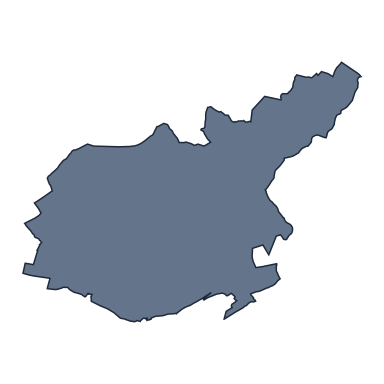 Bucerdea Granoasa, Alba, Romania (Mercator projection)
{"feature_id": "2599482B1609135605728", "entity_name": "Bucerdea Granoasa", "entity_type": "district", "adm_level": 2, "iso_a3": "ROU", "parent_name": "Romania", "parent_adm1": "Alba", "projection": "mercator", "projection_center": [23.858, 46.215], "detail": "fine", "context": "isolated", "style": "filled", "palette": "slate", "viewbox_px": 384, "rotation_deg": 0, "n_neighbors": 0, "source": "geoboundaries", "source_scale": "gbopen_adm2", "svg_char_len": 5169}
<svg xmlns="http://www.w3.org/2000/svg" viewBox="0 0 384 384"><path d="M224.1,319.1L224.3,319.1L235.3,312.2L243.5,307.5L243.9,307.0L244.3,306.4L246.5,305.5L248.8,303.0L251.6,301.6L253.0,302.0L255.6,301.3L255.1,300.1L253.5,299.0L253.6,297.9L251.8,295.8L251.2,295.3L250.6,293.9L256.1,291.8L258.5,291.5L260.3,290.9L265.7,288.5L266.4,288.0L268.1,287.8L270.5,286.4L272.2,285.9L275.2,283.9L277.7,280.8L280.1,278.8L278.1,275.1L277.4,272.9L276.3,271.1L276.3,265.0L276.8,264.9L276.6,263.7L265.0,266.1L262.7,266.6L259.3,267.1L255.9,267.6L253.1,261.4L252.9,260.4L252.6,259.4L252.1,256.3L252.6,248.3L262.9,245.0L268.8,254.8L276.3,236.1L280.5,234.8L282.2,237.0L283.7,239.3L285.3,239.7L286.5,239.2L286.6,239.3L289.2,235.2L291.0,233.9L291.7,233.0L292.3,231.6L292.6,229.3L292.4,227.5L291.7,226.2L290.7,224.9L289.0,223.7L287.1,222.8L286.0,221.8L285.0,220.7L284.5,219.6L284.3,218.7L284.2,218.8L278.7,211.8L277.9,209.3L277.3,207.9L276.0,206.0L273.9,204.1L271.8,201.7L270.7,201.0L269.9,200.1L269.2,199.1L267.8,196.5L266.2,192.5L266.3,191.9L265.9,191.0L265.2,189.8L265.6,189.6L266.4,188.8L268.4,186.1L269.7,184.1L271.9,180.7L274.0,178.0L274.1,175.9L275.0,171.5L275.6,170.2L276.7,169.1L277.9,167.9L279.8,166.0L283.4,161.3L284.0,160.4L284.3,159.1L284.3,158.2L289.3,157.1L292.8,156.2L298.5,152.9L300.0,150.8L301.0,149.6L301.9,148.6L303.6,147.7L305.0,147.0L306.1,146.4L308.1,146.1L310.7,142.9L311.3,142.0L311.6,139.2L311.9,138.0L312.6,136.9L315.5,135.3L317.3,135.0L318.9,135.4L324.7,137.6L326.2,137.7L327.6,132.3L328.8,130.9L331.9,128.8L334.3,124.4L334.3,123.3L335.2,118.7L336.6,115.6L337.3,114.9L338.8,114.3L340.7,113.5L340.8,112.3L341.3,110.3L344.9,108.4L346.8,107.1L348.3,105.4L352.3,100.5L355.0,92.1L357.7,87.6L358.1,82.6L357.5,80.9L357.5,79.6L358.3,77.9L359.1,77.2L360.2,76.8L361.0,76.6L359.8,75.2L359.1,74.5L358.3,73.7L351.4,69.0L341.5,62.3L340.4,63.8L336.6,67.9L334.9,71.0L332.8,76.6L327.9,73.6L321.5,71.6L318.0,75.4L316.6,73.5L311.8,77.8L308.3,77.0L306.2,77.3L296.7,74.9L294.9,77.4L294.8,77.8L294.6,80.2L294.0,81.0L293.4,82.7L293.1,84.8L292.9,85.9L292.8,87.3L291.5,89.1L290.9,90.4L288.7,92.2L287.6,93.6L285.0,93.8L282.8,93.6L282.0,94.1L281.1,95.1L280.6,96.7L281.2,99.0L281.0,99.9L264.7,96.4L252.2,110.0L250.8,121.7L250.0,121.3L247.7,121.9L245.8,122.2L243.9,120.7L243.8,121.1L241.8,120.9L238.9,121.0L237.3,121.4L236.3,122.0L234.9,121.7L234.0,122.3L231.5,121.0L228.3,115.3L225.1,115.1L222.5,112.8L221.6,112.4L221.0,111.6L219.0,112.0L215.4,110.1L213.1,108.5L211.7,107.3L210.9,106.8L210.4,106.7L208.4,107.4L207.7,107.4L206.1,111.9L205.7,114.2L205.7,119.2L205.2,121.6L204.9,126.7L204.2,128.2L201.4,128.9L200.9,129.9L203.9,131.8L204.3,133.5L207.5,138.9L210.6,142.2L204.1,146.1L197.9,144.1L194.5,145.4L191.5,143.8L186.9,142.3L185.3,142.1L184.5,142.6L179.2,142.5L177.3,138.3L173.4,133.5L172.1,130.7L169.6,128.7L168.7,126.5L167.5,124.6L163.8,123.4L158.1,126.5L156.9,126.6L153.3,133.9L152.4,135.2L150.8,135.9L145.2,140.5L141.2,143.3L138.0,144.9L134.6,145.9L129.5,146.5L118.7,146.8L111.7,146.6L93.8,146.1L87.5,144.1L83.8,146.0L78.6,148.7L77.3,149.2L76.4,149.6L75.4,150.0L73.7,150.0L71.9,151.3L70.9,153.0L69.3,154.6L67.7,157.0L66.3,158.8L63.7,160.2L62.4,161.5L59.4,165.2L57.5,168.2L55.6,169.9L53.8,171.6L51.8,173.2L50.4,174.8L48.2,176.4L47.9,177.3L47.3,178.3L48.2,180.8L48.6,182.1L49.5,184.2L50.1,184.9L50.6,185.7L51.3,187.7L52.2,190.9L47.5,194.2L42.8,197.5L37.4,201.1L34.4,203.0L38.6,208.7L41.0,213.1L39.2,215.3L35.0,218.1L31.3,220.0L26.5,222.4L24.7,223.4L24.9,223.6L25.5,224.6L26.3,225.9L27.1,226.7L27.4,227.2L27.8,227.6L31.4,231.6L32.0,232.8L32.8,233.9L33.9,234.6L34.3,235.4L34.4,236.4L35.0,237.2L35.9,237.7L37.5,238.2L38.8,239.0L39.6,240.2L40.4,240.9L41.6,242.6L39.5,244.7L39.8,245.2L38.7,247.1L37.1,250.3L37.7,250.5L35.1,259.0L33.3,264.7L28.8,263.8L25.2,263.3L23.0,273.3L29.0,275.0L33.9,276.0L48.7,278.1L50.0,278.4L48.3,284.6L47.4,288.0L47.3,288.7L52.0,289.2L54.6,289.5L55.1,289.5L56.5,289.5L59.0,288.9L59.6,288.7L60.7,288.3L60.9,288.3L61.4,288.1L61.9,288.0L62.6,287.7L62.8,287.5L63.1,287.4L63.8,287.1L64.6,287.4L66.1,287.4L67.7,287.4L68.8,288.7L69.5,289.4L72.0,291.1L74.4,292.4L76.6,292.9L80.6,294.1L81.8,294.6L84.6,296.7L85.3,296.8L85.8,296.4L87.9,293.4L88.8,293.5L88.7,294.1L92.0,294.4L90.9,296.9L91.4,299.7L91.1,300.7L91.3,301.3L100.3,305.8L107.5,308.8L114.0,312.7L119.1,317.1L119.8,317.8L120.7,318.2L121.6,318.5L122.6,318.6L123.6,318.8L124.4,318.8L124.7,319.0L125.1,319.3L126.5,319.8L128.2,320.3L129.6,320.9L130.6,321.1L132.5,321.4L134.6,321.7L135.5,321.4L136.3,321.1L136.7,320.7L137.0,320.5L137.6,320.7L140.1,321.5L140.4,320.9L143.1,318.4L144.2,318.1L145.9,319.0L146.7,318.0L147.2,318.2L147.0,320.4L151.0,319.3L151.1,318.1L155.5,316.3L162.9,315.7L168.0,314.1L174.2,313.7L176.3,313.3L176.4,313.6L176.5,313.5L182.4,308.9L185.5,307.2L186.5,306.7L190.3,305.3L194.0,303.0L196.6,301.7L199.2,300.2L202.5,298.3L206.4,295.7L211.3,292.5L206.5,296.4L203.4,299.3L204.0,300.0L207.5,297.8L216.7,294.1L217.8,293.9L222.4,293.1L225.0,294.1L226.5,295.7L227.0,295.8L227.7,295.6L229.7,294.4L231.1,293.3L235.0,296.5L234.8,297.4L234.1,298.4L234.7,299.3L236.7,300.6L234.6,302.5L231.9,304.3L231.4,305.4L231.5,306.7L232.2,307.6L226.2,311.3L224.1,319.1Z" fill="#64748b" stroke="#1e293b" stroke-width="1.5"/></svg>